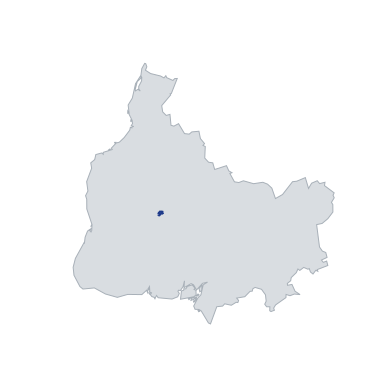 Talismã, Tocantins, Brazil shown in context, rotated 164°
{"feature_id": "56859067B11733116520927", "entity_name": "Talismã", "entity_type": "district", "adm_level": 2, "iso_a3": "BRA", "parent_name": "Brazil", "parent_adm1": "Tocantins", "projection": "orthographic", "projection_center": [-49.065, -12.67], "detail": "fine", "context": "in_parent", "style": "filled", "palette": "blue", "viewbox_px": 384, "rotation_deg": 164, "n_neighbors": 0, "source": "geoboundaries", "source_scale": "gbopen_adm2", "svg_char_len": 4835}
<svg xmlns="http://www.w3.org/2000/svg" viewBox="0 0 384 384"><g transform="rotate(164 192 192)"><path d="M101.8,85.8L105.4,88.7L110.0,86.9L111.4,88.8L114.0,85.7L120.2,82.4L121.6,79.5L125.6,77.8L125.9,76.0L121.4,75.6L120.3,68.2L116.4,63.6L121.7,65.7L126.4,65.3L129.8,67.6L130.8,64.6L142.8,60.4L145.5,57.9L145.4,55.6L149.0,55.3L150.0,56.4L148.8,60.2L151.9,61.1L153.0,64.1L150.8,66.6L149.7,72.9L152.0,79.3L157.7,82.9L160.2,82.2L161.4,80.1L163.6,80.5L170.1,76.8L178.3,77.7L177.1,74.9L178.4,73.1L180.0,73.8L185.4,72.3L191.4,75.5L194.0,73.9L199.8,74.9L210.6,60.1L212.3,61.6L215.9,75.1L217.7,77.2L221.4,78.4L221.8,81.9L215.6,88.5L211.8,90.7L206.8,99.7L201.9,101.1L207.1,101.3L214.6,96.6L216.1,102.4L218.1,104.2L226.0,102.2L223.7,108.7L226.7,103.5L230.3,100.5L232.1,101.3L232.9,100.4L232.2,98.0L234.6,95.2L240.7,94.6L253.7,99.7L254.6,102.3L256.4,100.5L259.4,102.5L260.3,104.7L258.7,106.2L259.4,107.0L261.0,105.6L261.4,107.0L259.9,108.4L258.9,112.9L261.0,111.0L262.5,107.7L262.7,110.1L268.5,107.2L282.1,111.3L292.8,111.3L303.3,117.8L312.3,126.7L323.6,128.8L325.8,132.0L328.4,144.5L327.0,152.4L322.4,160.3L309.7,173.1L309.7,172.0L307.2,178.0L303.2,183.2L301.4,183.9L300.1,181.4L299.0,182.6L297.1,188.3L297.8,204.7L295.2,214.0L295.3,217.8L291.8,221.6L290.4,231.0L281.9,242.5L281.3,247.9L276.6,250.0L274.1,254.5L268.1,254.4L266.9,252.7L266.4,254.6L257.0,254.8L257.4,256.4L251.4,260.0L248.1,259.9L242.2,263.0L234.8,268.6L233.4,271.2L232.1,270.2L231.6,271.4L229.9,270.9L232.1,272.5L230.3,274.2L229.8,277.2L231.0,283.7L229.4,293.2L223.5,298.7L216.4,311.7L209.7,317.6L209.5,315.6L214.2,313.2L218.4,306.1L218.5,304.8L215.6,305.6L213.9,303.3L214.8,305.6L214.1,308.2L209.9,312.6L208.7,316.0L209.1,317.9L206.2,324.5L202.0,328.7L201.1,328.1L200.9,324.8L203.2,321.9L199.2,317.3L190.3,312.2L187.5,309.4L185.1,311.0L184.8,308.9L179.6,304.5L177.3,305.8L174.9,305.2L184.7,292.4L186.0,292.4L185.7,291.2L197.3,283.4L198.1,277.1L195.7,272.7L191.8,272.7L193.8,261.9L191.2,260.3L186.1,261.4L183.1,250.2L178.7,248.4L175.6,249.8L168.6,248.5L169.2,241.0L166.6,235.1L168.6,233.7L166.7,232.1L170.4,221.1L167.9,216.1L164.0,214.3L164.0,207.4L151.6,207.8L150.8,202.2L148.3,199.5L150.5,199.4L148.4,190.1L144.4,188.2L139.5,188.6L130.5,183.0L121.2,181.8L117.2,178.7L114.2,173.7L113.6,162.7L105.7,164.6L92.5,174.2L88.4,173.5L79.1,174.6L79.0,163.3L74.6,167.5L68.5,168.3L67.0,164.9L61.5,164.7L62.9,161.6L55.6,152.0L57.3,150.0L56.9,147.2L60.8,143.6L60.1,141.1L62.1,133.9L68.8,128.9L75.6,125.9L81.2,126.3L84.6,104.0L83.0,99.3L80.1,97.0L80.2,91.9L86.3,90.9L85.2,88.2L81.6,88.5L81.7,83.9L93.0,82.9L92.9,81.1L94.6,82.6L98.3,79.8L100.2,82.5L100.4,86.1L101.8,85.8ZM219.3,90.8L232.6,92.1L229.4,99.8L227.0,99.9L226.5,101.2L224.6,100.6L222.4,102.6L217.4,102.6L215.6,98.7L216.9,97.8L215.3,96.4L216.4,91.9L219.3,90.8ZM207.9,100.2L209.9,94.6L212.0,93.9L211.9,97.2L207.9,100.2ZM222.9,88.1L221.6,90.2L218.6,89.7L219.1,88.4L222.9,88.1ZM218.4,85.9L217.9,90.1L216.6,89.6L218.4,85.9ZM225.0,90.8L223.1,91.0L222.3,90.7L224.6,89.4L225.0,90.8ZM216.3,90.9L214.4,92.3L213.6,91.6L215.0,90.4L216.3,90.9ZM219.9,87.2L219.0,86.4L220.6,85.5L220.8,86.3L219.9,87.2ZM218.9,76.5L217.8,76.7L217.5,75.2L218.6,75.1L218.9,76.5ZM231.4,287.6L231.1,286.3L231.9,285.1L232.1,285.4L231.4,287.6ZM252.5,259.5L252.7,261.0L251.5,260.7L252.5,259.5ZM230.9,278.1L230.3,277.3L231.2,276.5L231.4,276.8L230.9,278.1ZM260.6,110.1L259.8,111.7L260.6,109.4L260.6,110.1ZM300.7,184.1L299.4,184.5L300.2,183.3L300.7,184.1ZM260.4,255.5L259.1,256.0L258.8,255.7L259.6,255.0L260.4,255.5ZM298.4,187.0L297.9,187.8L297.6,187.3L298.4,187.0ZM257.1,99.1L257.2,100.0L256.8,99.9L257.1,99.1Z" fill="#d9dde1" stroke="#a8b0b8" stroke-width="1"/><path d="M225.9,179.4L225.7,179.4L225.7,179.5L225.8,179.7L225.8,179.8L225.8,180.0L225.9,180.3L225.8,180.5L225.8,180.8L225.7,181.0L225.8,181.0L225.8,181.3L226.0,181.3L226.2,181.5L226.3,181.5L226.4,181.8L226.5,181.8L226.8,181.8L226.8,181.7L227.0,181.6L227.1,181.4L227.3,181.3L227.3,181.2L227.5,181.5L227.7,181.8L227.7,182.0L227.8,182.0L228.0,182.0L228.2,182.3L228.3,182.3L228.9,181.6L229.0,181.6L229.1,181.4L229.2,181.2L229.3,181.2L229.5,181.3L229.5,181.2L229.4,180.9L229.5,180.8L229.5,180.7L229.6,180.8L229.8,180.9L229.8,180.7L229.7,180.7L229.8,180.6L229.7,180.6L229.7,180.4L229.8,180.4L229.7,180.3L229.8,180.3L229.8,180.2L229.7,180.2L229.4,180.1L229.3,179.9L229.3,179.7L229.5,179.5L229.5,179.4L229.5,179.5L229.4,179.4L229.5,179.4L229.6,179.2L229.8,179.0L229.8,178.9L229.7,178.9L229.7,178.7L229.8,178.6L230.0,178.6L230.2,178.4L230.3,178.4L230.2,178.3L229.6,178.3L229.3,178.5L228.8,179.0L228.5,179.0L228.3,179.1L228.2,179.1L228.0,179.3L228.0,179.5L228.0,179.8L227.9,179.8L227.9,180.0L227.7,180.0L227.4,180.0L227.4,179.9L227.3,179.7L227.2,179.7L226.9,179.5L226.7,179.5L226.4,179.6L226.2,179.5L226.2,179.4L226.0,179.5L226.0,179.4L225.9,179.4L225.9,179.4Z" fill="#3b82f6" stroke="#1e3a8a" stroke-width="1.5"/></g></svg>